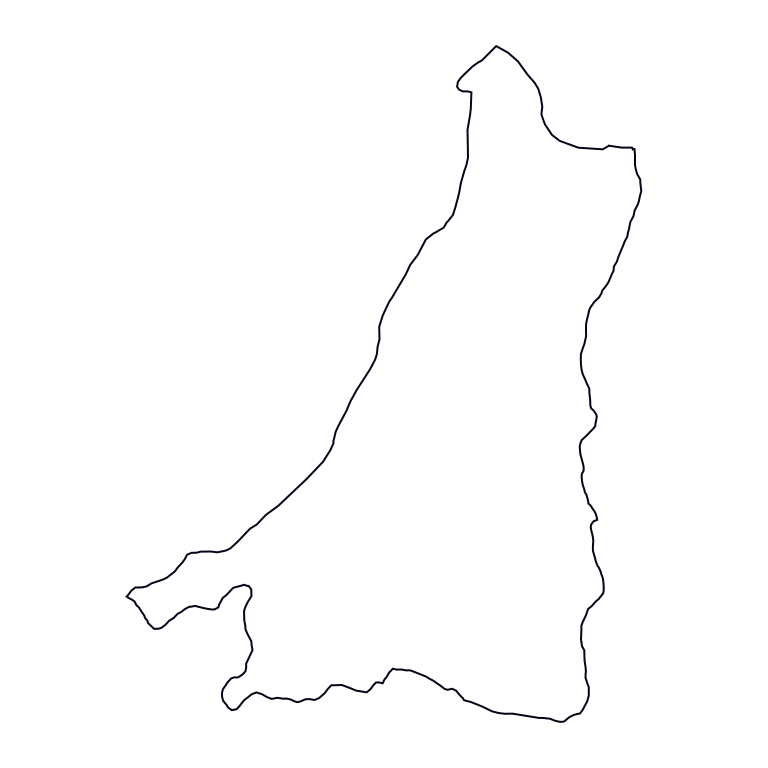 Al Wasta, Bani Suwayf, Egypt
{"feature_id": "37247803B53497462847633", "entity_name": "Al Wasta", "entity_type": "district", "adm_level": 2, "iso_a3": "EGY", "parent_name": "Egypt", "parent_adm1": "Bani Suwayf", "projection": "orthographic", "projection_center": [31.157, 29.324], "detail": "fine", "context": "isolated", "style": "outline", "palette": "ink", "viewbox_px": 768, "rotation_deg": 0, "n_neighbors": 0, "source": "geoboundaries", "source_scale": "gbopen_adm2", "svg_char_len": 5565}
<svg xmlns="http://www.w3.org/2000/svg" viewBox="0 0 768 768"><path d="M632.1,147.6L621.7,147.6L616.9,146.9L608.9,145.7L608.9,145.8L602.8,149.3L602.7,149.3L588.9,148.4L579.9,147.8L578.4,147.7L572.9,145.7L561.4,141.5L559.7,140.9L553.4,136.0L551.8,134.7L544.9,124.3L544.9,124.2L543.2,119.7L541.4,114.2L542.3,106.8L541.0,98.3L540.8,97.3L538.6,89.9L538.0,88.3L534.7,82.9L533.9,81.9L527.4,74.5L518.0,61.4L507.9,52.6L496.2,46.1L481.7,60.6L480.3,61.3L478.4,62.3L472.8,66.2L463.5,75.1L460.7,78.0L457.9,81.9L457.1,86.7L459.0,89.6L462.9,91.4L467.6,91.4L471.4,92.3L470.8,108.6L470.0,115.4L467.5,129.9L467.6,135.6L467.9,150.1L468.0,157.8L466.3,165.5L464.5,170.4L460.9,182.9L459.2,192.6L458.1,197.0L455.7,206.1L453.0,214.9L448.4,220.7L446.5,222.7L443.8,227.5L437.2,231.5L433.4,233.5L425.9,239.4L421.3,248.1L417.7,255.0L410.3,264.7L405.7,274.5L396.5,290.0L391.9,297.8L389.2,301.7L382.8,315.3L379.8,324.9L379.2,326.9L379.5,339.4L377.7,346.2L376.9,353.9L376.4,355.6L375.1,359.7L370.5,368.5L365.0,377.2L356.7,389.9L354.2,394.5L350.3,401.6L347.3,408.8L346.7,410.3L338.4,425.9L335.7,431.7L333.9,439.4L333.3,441.4L333.6,442.9L330.4,450.1L323.0,461.8L310.9,474.5L306.2,479.4L288.5,496.1L278.2,505.9L266.0,514.8L262.0,519.0L256.7,524.6L250.1,528.6L246.4,532.5L238.0,541.3L233.0,546.0L230.6,548.2L226.8,550.2L223.0,551.2L217.3,552.3L210.6,551.5L205.9,551.6L201.1,551.6L196.4,552.7L191.6,552.8L186.9,554.8L185.1,558.7L182.3,562.6L177.7,567.5L174.9,571.4L171.2,574.3L167.4,577.3L163.6,579.3L160.8,580.3L151.4,583.4L146.7,586.4L141.9,587.4L135.3,587.5L131.5,590.5L127.8,595.4L126.7,596.6L129.6,598.5L131.5,599.4L134.4,601.3L136.4,605.1L139.3,607.9L140.3,609.8L142.3,612.7L144.2,615.5L145.3,618.4L147.2,620.3L148.2,623.2L151.1,626.0L153.1,627.9L154.0,628.8L155.9,628.8L158.8,628.7L161.6,627.7L165.4,624.8L169.1,620.8L173.8,617.9L177.5,613.9L181.3,611.9L185.0,609.0L188.8,607.0L195.4,605.9L198.3,606.8L202.1,607.7L206.0,608.6L211.7,609.5L214.6,609.4L218.3,607.4L219.2,604.5L222.9,597.7L225.7,595.7L227.6,593.8L231.3,589.8L233.1,587.9L236.9,586.8L240.7,585.8L244.5,584.8L246.4,585.7L248.7,586.0L251.3,589.5L251.3,591.4L251.4,594.3L251.4,596.2L249.6,599.1L247.7,602.1L245.9,605.9L245.0,607.9L244.1,610.8L244.1,613.7L244.2,617.5L244.3,620.4L245.4,626.2L245.4,629.1L247.4,633.8L248.4,635.7L249.4,637.6L251.4,641.5L251.5,644.4L252.5,650.1L250.7,654.0L248.0,659.8L246.1,663.7L246.2,667.6L245.4,671.4L242.6,674.4L239.7,676.4L237.9,677.4L235.0,677.4L234.1,677.4L231.2,678.4L227.5,682.4L225.7,685.3L222.9,689.2L222.0,693.1L222.0,694.5L222.1,696.9L223.1,700.7L227.0,705.5L228.0,707.4L231.9,710.2L236.6,709.2L239.4,706.2L244.0,700.3L247.8,697.4L251.5,694.4L256.3,692.4L262.0,694.2L266.8,697.0L271.6,698.9L273.3,698.6L277.3,697.8L279.3,698.1L283.0,698.7L286.8,698.6L290.7,699.5L294.5,701.3L297.4,702.2L301.2,701.2L303.1,700.2L305.9,699.2L309.7,699.1L314.5,700.0L319.2,698.0L324.8,693.1L327.6,689.2L331.3,685.3L335.1,685.2L341.8,685.0L349.4,687.8L356.2,690.6L358.5,691.0L360.9,691.4L366.7,692.3L370.4,689.3L373.2,685.4L376.0,682.5L378.8,682.4L382.7,683.3L384.5,679.4L385.4,678.5L386.3,677.5L389.1,672.6L391.0,670.7L392.8,668.7L396.6,669.6L401.4,669.5L406.2,670.4L410.0,670.3L414.8,672.1L419.6,674.0L426.3,676.7L429.7,678.9L433.0,680.5L436.9,683.3L439.8,685.2L444.6,688.9L447.5,689.8L452.2,688.8L456.1,690.6L460.0,695.4L462.9,698.2L463.9,700.1L466.8,701.0L470.6,701.9L475.4,703.8L482.1,706.5L489.8,710.2L491.7,711.2L498.4,713.0L505.1,713.8L509.9,713.7L512.7,713.7L539.5,718.0L542.3,717.9L549.9,718.7L554.7,720.6L557.7,721.4L558.6,721.6L560.4,721.8L561.4,721.9L564.3,721.4L569.0,717.4L572.7,715.4L575.6,714.4L579.9,713.5L582.3,710.5L585.0,705.5L587.3,701.1L588.8,695.4L588.8,690.6L588.7,686.6L587.7,684.6L587.0,682.2L585.5,677.8L585.6,675.2L585.6,674.7L585.6,674.4L585.9,671.1L585.5,666.7L584.7,661.6L584.6,661.2L584.6,660.9L584.4,655.6L584.3,650.3L582.1,646.5L581.0,639.5L581.2,634.8L581.4,628.4L581.4,625.7L583.2,620.8L583.3,620.8L583.3,620.7L585.6,616.1L588.2,608.9L591.8,606.0L595.5,601.7L598.6,599.1L603.1,593.5L603.7,590.6L603.7,586.6L603.4,582.6L603.3,581.4L602.8,578.0L601.7,575.2L601.5,574.7L600.7,571.8L599.2,568.3L597.3,565.3L596.2,562.3L595.8,561.4L594.8,557.3L592.9,550.7L592.9,546.1L593.3,541.2L592.9,537.2L592.3,534.3L591.3,530.5L590.7,527.0L591.1,524.6L593.6,521.3L596.3,520.2L597.2,519.8L596.6,516.7L596.0,514.7L594.9,512.0L592.6,508.7L590.4,505.3L588.4,503.5L588.0,500.4L586.4,494.6L584.9,492.4L584.3,489.5L582.8,485.1L582.0,480.9L581.6,476.7L581.9,473.8L583.7,470.5L583.6,467.0L583.2,464.7L582.3,461.4L581.3,457.6L580.3,454.1L579.7,446.3L580.5,443.0L581.9,439.8L583.5,438.5L583.6,438.4L587.5,434.6L590.7,431.3L593.6,428.3L595.2,426.1L595.5,423.5L596.3,419.5L596.8,416.2L596.1,414.4L595.7,413.7L595.5,413.4L594.9,412.4L593.5,410.4L591.1,408.3L590.3,405.2L590.2,400.1L589.4,392.8L589.3,388.9L588.2,386.2L586.9,383.8L585.0,379.1L582.7,374.1L581.5,369.4L580.9,363.6L580.8,359.2L580.9,354.1L582.8,348.2L584.2,344.5L584.3,344.2L584.4,343.8L585.1,340.7L586.1,336.3L586.0,329.5L586.1,323.8L587.3,318.1L588.1,315.3L589.2,310.0L590.7,306.9L592.7,304.3L594.1,302.1L596.6,299.7L599.1,297.3L601.4,293.4L602.3,290.5L605.7,286.4L607.7,283.3L607.8,283.2L608.4,282.3L611.9,274.1L613.6,270.6L613.9,266.5L616.9,261.6L618.5,256.6L620.8,251.1L622.0,248.2L623.1,245.6L624.8,241.2L627.3,236.7L627.9,232.9L629.0,229.0L630.3,222.1L633.5,216.0L634.7,210.3L637.5,205.2L638.9,201.2L639.7,197.0L641.3,190.9L640.4,183.6L640.2,179.4L637.2,174.2L635.6,168.5L635.0,164.8L635.0,159.4L635.0,154.3L634.8,152.8L634.7,151.4L634.6,150.5L634.5,149.1L632.8,149.4L632.1,147.6Z" fill="none" stroke="#020617" stroke-width="2"/></svg>